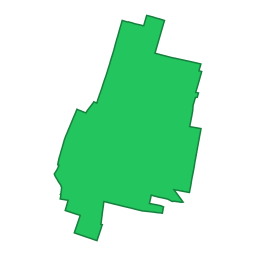 outline of Celaru, Dolj, Romania
{"feature_id": "2599482B43733075119121", "entity_name": "Celaru", "entity_type": "district", "adm_level": 2, "iso_a3": "ROU", "parent_name": "Romania", "parent_adm1": "Dolj", "projection": "mercator", "projection_center": [24.129, 44.049], "detail": "fine", "context": "isolated", "style": "filled", "palette": "green", "viewbox_px": 256, "rotation_deg": 0, "n_neighbors": 0, "source": "geoboundaries", "source_scale": "gbopen_adm2", "svg_char_len": 5192}
<svg xmlns="http://www.w3.org/2000/svg" viewBox="0 0 256 256"><path d="M97.0,240.6L97.5,239.0L99.4,233.4L100.8,229.2L102.1,225.1L102.3,224.6L100.9,224.4L101.3,221.4L102.1,215.0L102.6,211.0L103.3,206.2L103.6,203.5L103.8,202.3L103.9,201.5L104.0,201.5L110.3,203.1L113.0,203.8L117.3,204.8L123.3,206.3L129.8,207.8L131.8,208.3L135.2,209.2L138.9,210.1L142.2,210.9L143.7,211.0L145.3,211.2L147.0,211.4L150.2,211.7L153.6,212.1L156.0,212.5L159.0,212.8L160.3,212.9L162.4,213.2L162.8,210.8L163.0,209.7L162.8,209.6L163.1,208.8L163.6,206.9L160.7,205.7L160.3,205.6L159.7,205.5L157.5,205.0L153.7,204.3L151.6,203.9L150.1,203.6L149.4,203.5L149.6,202.6L149.9,201.4L150.6,198.3L151.2,195.2L152.2,195.4L153.4,195.8L155.1,196.2L157.3,196.8L159.3,197.3L162.1,197.8L164.4,198.3L166.6,198.9L167.4,198.9L167.6,199.0L168.1,199.3L169.0,199.8L170.6,200.6L172.1,201.4L175.1,201.3L175.7,201.5L177.2,201.7L178.9,201.8L180.1,202.2L181.1,202.2L182.2,202.2L183.1,202.1L181.3,199.6L177.5,194.5L175.2,191.4L174.6,190.7L174.0,189.7L177.7,190.3L189.2,192.5L189.4,192.5L189.5,192.3L189.6,191.9L189.7,191.3L189.7,190.8L189.8,190.5L189.8,190.4L189.8,190.2L189.9,189.9L189.9,189.7L190.0,189.2L190.1,188.8L190.1,188.7L190.2,188.2L190.3,188.0L190.4,187.5L190.4,187.3L190.5,187.2L190.6,186.7L190.6,186.3L190.6,186.2L190.9,184.9L191.0,184.3L191.0,183.9L191.0,183.7L191.1,183.3L191.2,183.1L191.2,182.8L191.2,182.6L191.3,182.4L191.4,181.9L191.5,180.7L191.6,180.4L191.6,180.2L191.7,179.7L191.7,179.4L191.8,179.2L191.9,178.6L192.0,178.0L192.2,177.1L192.4,176.2L192.5,175.7L192.5,175.3L192.6,175.1L192.6,174.9L192.7,174.3L192.8,174.2L192.8,173.9L192.9,173.6L192.9,173.3L193.0,173.2L193.0,172.8L193.1,172.6L193.4,171.2L193.7,169.4L193.8,168.8L193.9,168.3L194.0,167.9L194.1,167.2L194.2,166.6L194.3,166.3L194.5,164.7L194.6,163.7L194.8,162.7L195.2,160.3L195.4,159.6L195.4,159.2L195.5,158.8L195.5,158.7L195.6,158.4L195.7,158.1L195.7,157.6L195.8,157.3L195.8,157.2L195.9,156.6L195.9,156.4L196.0,156.1L196.0,155.8L196.1,155.7L196.2,155.3L196.3,154.7L196.4,153.7L196.5,153.2L196.7,152.6L196.8,151.6L196.8,151.4L196.9,151.0L196.9,150.9L197.0,150.3L197.2,149.6L197.3,149.3L197.3,149.0L197.5,147.6L197.6,147.1L198.0,145.0L198.1,144.6L198.3,143.6L198.4,143.3L198.4,143.0L198.4,142.8L198.5,142.2L198.6,141.8L198.6,141.7L198.7,141.3L198.7,141.2L198.8,140.8L198.8,140.6L198.9,140.3L199.0,139.8L199.1,139.1L199.2,138.8L199.2,138.7L199.2,138.4L199.3,138.1L199.4,137.3L199.5,136.9L199.7,135.7L199.8,135.2L200.0,134.4L200.0,134.2L200.1,133.7L200.3,132.6L200.4,132.4L200.5,131.9L200.5,131.6L201.0,128.6L189.7,126.6L190.8,120.9L191.3,118.5L192.7,110.9L193.0,106.6L193.1,105.3L194.0,102.3L194.3,101.3L195.4,97.5L197.3,97.3L197.8,95.3L198.5,93.0L195.7,92.4L198.1,84.3L200.7,75.1L201.3,73.0L201.7,71.5L200.1,71.1L198.9,70.8L199.0,70.4L200.2,66.5L200.9,64.0L198.0,63.3L191.4,61.8L184.1,60.2L181.3,59.6L178.9,59.1L175.8,58.4L172.2,57.7L170.6,57.3L166.0,56.1L158.7,54.2L155.0,53.2L161.9,29.3L163.0,25.5L164.5,20.5L158.8,18.7L158.7,18.7L157.0,18.3L152.6,16.9L146.7,15.4L145.9,18.0L143.7,25.7L143.4,25.7L142.9,25.6L139.6,24.8L135.9,24.0L134.4,23.6L132.8,23.1L131.5,22.6L131.1,22.6L129.5,22.2L128.7,21.9L128.4,21.9L127.6,22.0L125.9,21.5L123.3,20.8L122.2,20.4L122.1,20.7L121.2,24.0L120.1,27.7L118.9,31.9L118.3,34.1L117.2,38.0L116.7,39.3L116.4,40.6L115.9,42.4L115.4,44.1L114.1,49.1L113.0,52.9L111.1,58.9L110.4,61.3L109.8,63.6L109.0,66.1L107.0,72.5L105.6,76.9L105.3,77.7L104.7,79.3L104.2,80.8L103.5,82.9L102.9,84.6L102.6,85.7L102.2,87.0L101.9,87.9L101.3,89.8L100.6,91.6L100.3,92.8L99.8,93.9L99.6,94.2L99.6,94.5L99.4,95.0L99.2,95.7L99.1,95.9L99.1,96.2L99.0,96.3L98.9,96.5L98.6,97.5L98.4,98.1L98.1,98.7L96.8,103.1L96.1,102.7L93.9,101.9L93.9,102.0L93.5,102.5L92.7,103.5L91.6,104.9L91.1,105.6L89.4,107.8L88.9,108.4L87.9,109.7L87.4,110.4L87.0,111.0L86.5,111.9L85.9,112.9L85.5,112.7L84.5,112.4L83.7,112.0L83.1,111.8L82.4,111.6L82.1,111.4L81.5,111.1L81.1,110.9L79.9,110.5L79.3,110.3L79.0,110.2L78.4,110.0L77.7,109.6L77.0,109.2L76.7,109.8L75.8,112.1L74.8,114.5L72.6,119.6L71.5,122.3L69.3,127.6L68.3,129.9L67.5,131.9L66.4,134.5L65.4,136.9L65.0,138.1L64.4,139.7L64.1,140.7L63.8,141.8L63.3,143.5L63.1,144.3L62.7,145.6L62.5,146.5L62.2,147.5L61.9,148.5L61.6,149.5L61.2,150.8L60.6,152.7L60.4,153.9L60.0,155.0L59.5,156.7L59.0,158.4L58.6,160.3L58.0,163.1L57.7,164.8L57.9,164.9L58.3,165.0L58.7,165.1L58.8,165.1L58.9,165.4L58.5,166.4L58.1,167.4L57.6,168.4L57.3,169.1L57.0,169.7L56.0,171.3L55.1,172.7L54.4,173.7L54.3,173.9L54.3,174.0L54.5,174.5L54.8,175.3L55.1,176.0L55.5,176.7L56.0,177.6L56.8,178.8L57.0,179.2L57.3,179.7L57.9,180.8L58.4,181.7L60.8,185.2L60.9,185.5L61.0,185.7L61.1,186.0L61.1,186.3L61.1,186.5L61.4,187.0L61.5,187.1L61.6,187.5L61.6,187.8L61.5,188.6L61.4,189.6L61.3,190.8L61.1,191.8L61.1,192.4L61.0,193.2L61.0,193.3L60.9,193.4L60.8,193.6L60.7,193.8L60.5,194.2L60.4,194.4L60.7,194.5L60.8,195.2L60.8,195.3L60.8,195.5L60.8,195.8L60.7,196.4L60.5,197.2L60.4,197.8L60.3,198.1L60.3,198.5L60.2,198.7L60.2,198.9L60.2,199.0L68.0,200.3L67.3,203.4L66.7,205.2L66.4,206.5L65.9,208.1L65.2,210.5L76.7,214.3L78.5,214.8L80.2,215.4L79.5,217.6L77.6,223.2L77.0,224.9L74.3,232.7L74.3,232.9L78.2,234.2L86.6,237.1L90.6,238.4L94.5,239.8L97.0,240.6Z" fill="#22c55e" stroke="#15803d" stroke-width="1.5"/></svg>